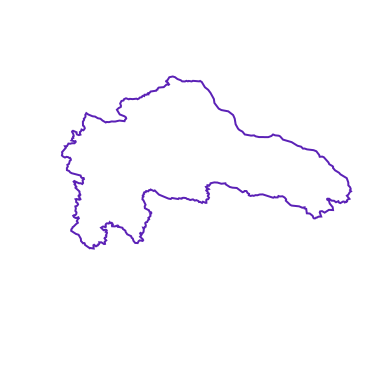 Chita, Equal Earth projection, rotated 215°
{"feature_id": "RUS-2610", "entity_name": "Chita", "entity_type": "Region", "adm_level": 1, "iso_a3": "RUS", "parent_name": "Russia", "parent_adm1": "", "projection": "equal_earth", "projection_center": [116.487, 53.771], "detail": "fine", "context": "isolated", "style": "outline", "palette": "violet", "viewbox_px": 384, "rotation_deg": 215, "n_neighbors": 0, "source": "natural_earth", "source_scale": "10m", "svg_char_len": 6075}
<svg xmlns="http://www.w3.org/2000/svg" viewBox="0 0 384 384"><g transform="rotate(215 192 192)"><path d="M185.3,270.4L181.8,269.4L175.9,272.1L173.6,274.0L171.8,274.1L168.5,275.5L161.0,280.7L159.1,283.4L158.6,285.6L156.4,286.1L153.2,287.9L151.7,288.1L147.5,287.1L139.0,290.0L132.1,290.4L128.6,291.7L126.0,291.2L124.7,292.2L122.2,292.9L116.4,296.0L113.5,296.7L109.1,295.3L107.6,294.1L105.6,295.7L104.0,296.1L97.2,294.5L95.5,293.5L91.5,293.8L90.8,293.5L90.3,292.6L87.3,291.8L82.5,292.1L80.6,291.6L73.2,292.1L69.5,289.5L67.7,287.1L65.3,286.6L63.7,285.5L63.7,284.2L62.1,283.8L62.7,282.3L62.4,279.5L63.0,277.8L59.1,276.7L60.1,275.2L60.3,273.8L59.6,273.3L59.8,272.3L60.6,271.8L60.8,271.1L62.1,271.3L62.8,270.8L64.1,268.0L65.7,267.7L66.8,268.4L68.2,266.2L70.6,266.3L72.7,265.0L75.9,265.1L77.2,264.2L77.3,263.7L76.9,263.3L74.8,263.4L72.5,261.5L68.1,260.3L66.1,258.1L69.6,255.9L71.5,251.2L74.5,250.9L75.9,249.6L75.7,248.6L72.1,246.0L74.3,244.3L75.0,242.7L75.6,242.3L75.8,241.3L76.8,240.4L77.6,240.4L79.6,241.7L83.2,241.9L85.7,240.4L88.8,243.7L90.4,243.1L91.0,244.0L92.6,242.4L96.0,241.7L102.5,238.1L103.9,237.8L110.2,238.7L110.7,240.0L113.0,240.6L115.4,240.4L117.5,238.7L118.9,238.3L118.7,236.7L120.7,235.3L121.6,235.3L122.0,234.1L122.7,233.7L132.7,230.6L135.2,228.7L136.6,226.8L138.1,225.9L139.2,224.3L140.6,223.7L141.7,222.4L143.6,221.9L144.2,223.2L145.8,223.0L147.9,224.0L149.5,223.0L149.7,221.8L150.5,220.8L157.6,221.0L161.3,218.8L163.9,217.8L168.7,217.6L169.6,218.3L172.7,215.6L176.6,214.3L179.3,212.6L181.8,209.8L181.4,208.5L181.9,207.7L181.7,206.8L183.2,206.4L182.7,205.4L183.5,204.2L181.8,203.5L181.0,204.1L179.9,204.0L181.2,202.0L181.2,201.4L179.3,201.1L178.5,200.6L178.5,200.0L177.3,200.4L176.7,199.5L176.9,198.4L176.7,197.7L174.8,197.1L174.6,195.4L175.7,194.4L175.7,193.6L174.0,191.4L174.4,191.0L177.5,190.3L177.5,188.8L179.5,188.6L180.5,187.8L181.5,188.3L183.8,187.8L184.7,186.6L187.0,186.5L188.9,184.4L191.2,184.0L191.8,183.5L193.5,183.5L195.3,182.6L196.6,181.5L196.6,180.6L199.1,179.4L199.3,178.3L205.0,175.6L205.4,174.1L207.5,173.1L217.6,170.9L223.4,171.9L223.9,170.9L227.3,170.3L227.4,169.5L228.2,169.0L228.2,167.5L230.1,166.5L229.8,165.3L230.9,164.5L230.8,163.2L230.1,162.8L230.3,161.2L230.0,161.2L229.9,160.6L229.1,160.3L229.4,159.4L228.3,157.5L227.1,157.4L222.7,154.9L222.5,153.1L221.3,151.7L216.6,152.3L215.6,151.4L213.8,151.9L213.3,151.5L213.1,151.0L213.7,150.1L212.3,148.6L212.6,147.2L212.4,146.5L212.8,145.7L211.5,145.1L211.9,143.6L211.5,141.7L212.4,140.7L212.5,139.7L210.7,138.2L210.1,136.9L210.6,136.3L210.4,135.2L211.5,134.7L210.1,133.8L208.8,131.5L208.9,129.0L210.6,129.1L210.8,128.4L208.7,127.2L208.9,125.6L205.4,125.1L204.4,124.6L204.4,123.6L207.1,122.4L207.5,121.1L207.2,119.0L209.3,117.7L211.9,118.4L213.8,119.9L215.2,119.9L216.5,120.9L220.8,120.2L223.4,121.2L224.4,122.1L227.4,122.1L228.5,122.8L231.5,121.6L232.6,121.8L232.2,121.2L232.6,120.9L234.4,121.1L235.4,119.6L237.8,118.1L238.4,118.7L238.2,119.8L239.3,120.0L239.3,120.6L240.1,120.7L240.4,120.1L241.0,119.7L242.1,120.1L242.1,118.4L243.7,117.6L244.1,116.6L243.9,115.4L243.0,114.7L242.6,113.7L245.1,112.7L246.0,110.6L242.5,110.0L241.5,111.3L240.3,111.8L239.6,111.4L239.8,109.8L238.4,109.9L238.0,109.2L237.7,107.2L237.0,107.0L236.5,105.9L237.2,104.5L237.0,103.8L234.5,103.2L235.0,101.2L233.5,99.6L234.2,98.9L237.4,98.8L239.1,97.6L238.4,97.1L238.3,95.7L238.8,95.2L238.5,94.3L239.1,93.7L239.1,92.9L239.6,92.4L241.9,92.6L242.2,91.8L240.1,89.3L243.4,87.7L243.5,87.3L249.2,87.3L250.5,88.4L251.2,88.3L251.8,87.5L254.8,88.2L256.3,90.0L260.4,91.9L263.0,91.1L268.7,90.9L269.4,92.2L269.3,93.9L269.6,94.7L269.2,95.6L268.4,99.9L267.8,101.1L268.0,101.5L269.7,102.1L269.9,104.5L269.6,105.5L270.6,106.1L271.9,104.3L272.7,103.9L274.4,103.8L275.7,104.4L275.3,105.4L274.3,106.1L274.2,107.7L275.0,109.1L276.7,109.6L277.7,111.9L279.3,113.3L278.2,114.9L278.2,116.5L279.3,117.2L281.1,117.3L282.2,118.9L283.2,119.3L282.6,120.0L279.8,121.1L279.2,122.0L279.9,122.6L281.1,122.7L281.4,123.4L282.7,123.7L282.8,124.3L282.0,124.7L281.8,125.6L283.7,126.8L284.5,127.9L289.9,128.6L290.2,129.6L289.9,130.0L292.5,130.9L292.2,131.5L292.5,131.9L294.9,132.6L294.7,133.5L289.6,134.3L288.0,135.4L286.5,135.6L286.4,136.9L288.4,138.9L287.9,140.6L288.8,141.3L290.2,140.4L291.2,140.5L292.7,141.6L301.3,138.4L303.0,138.2L304.7,138.7L307.0,138.2L308.2,139.8L308.3,141.6L309.7,142.8L308.9,144.5L310.0,147.4L309.6,148.6L310.1,149.4L311.5,150.0L311.9,149.5L313.4,149.5L315.0,148.8L315.8,147.4L317.8,147.1L319.5,147.3L320.4,149.3L321.3,150.1L320.7,155.9L322.3,156.6L320.7,157.9L321.0,160.8L319.4,161.7L318.3,163.1L316.2,164.5L316.0,166.4L316.7,166.8L317.4,166.1L320.3,165.1L320.2,166.0L320.9,167.1L320.2,168.2L321.2,169.1L321.0,170.1L322.8,171.6L324.8,172.5L324.9,173.4L324.6,173.9L320.8,174.7L320.1,173.6L319.1,173.2L317.3,173.7L316.3,175.0L317.3,175.6L318.2,176.8L317.8,178.0L318.3,179.8L316.5,180.1L316.2,181.2L316.4,182.8L318.1,183.9L319.4,183.9L321.7,187.0L321.8,189.3L322.6,189.9L322.3,192.0L322.8,193.2L323.6,193.9L323.8,196.0L321.4,196.0L316.9,197.0L314.6,198.2L311.5,198.4L309.0,199.5L306.3,199.2L302.5,199.5L302.1,200.4L300.1,201.6L298.4,203.6L295.4,205.6L292.4,208.9L287.9,211.3L288.3,212.8L288.0,214.4L288.9,215.2L290.7,215.3L295.7,214.1L300.7,216.3L300.2,218.7L299.1,220.8L299.6,221.9L301.6,223.3L302.0,226.1L300.6,227.7L300.9,229.1L299.8,230.9L296.9,231.7L296.4,232.6L293.8,234.1L291.0,236.6L289.8,236.8L289.0,238.3L289.0,239.3L287.6,240.8L287.7,241.9L287.2,242.9L286.2,243.2L286.6,244.5L284.8,245.8L284.8,247.2L283.8,247.2L284.2,248.2L283.7,248.5L283.5,250.6L279.4,254.5L279.6,255.4L279.0,256.1L279.4,257.2L279.1,258.5L275.3,261.7L274.5,265.4L273.8,266.1L272.8,266.2L272.5,266.9L274.7,267.8L276.6,267.7L276.8,268.4L276.2,269.4L276.4,273.0L274.0,275.6L271.8,276.3L268.7,276.2L265.3,277.1L263.5,277.0L261.2,278.5L260.3,279.9L258.8,280.3L258.4,281.1L255.7,282.4L255.0,283.6L249.5,286.8L249.1,287.6L247.1,287.7L241.5,285.2L237.4,285.0L233.7,283.8L227.4,280.7L224.7,277.8L217.9,275.6L214.9,276.0L208.5,278.9L202.4,278.6L199.1,276.6L195.1,272.5L190.6,270.3L188.8,270.0L185.3,270.4Z" fill="none" stroke="#5b21b6" stroke-width="2"/></g></svg>